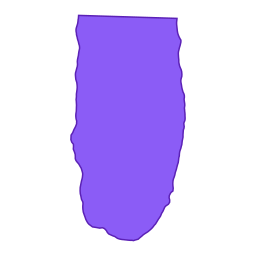 the district of South Ari, Maldives
{"feature_id": "70690204B29165248779959", "entity_name": "South Ari", "entity_type": "district", "adm_level": 2, "iso_a3": "MDV", "parent_name": "Maldives", "parent_adm1": "", "projection": "equal_earth", "projection_center": [72.841, 3.685], "detail": "fine", "context": "isolated", "style": "filled", "palette": "violet", "viewbox_px": 256, "rotation_deg": 0, "n_neighbors": 0, "source": "geoboundaries", "source_scale": "gbopen_adm2", "svg_char_len": 2969}
<svg xmlns="http://www.w3.org/2000/svg" viewBox="0 0 256 256"><path d="M78.6,15.4L78.5,16.8L78.4,18.3L78.1,19.8L78.0,21.2L77.7,23.3L77.2,25.1L76.8,26.3L76.2,28.3L76.0,29.9L76.1,31.7L76.4,33.0L76.5,34.8L77.2,37.4L77.4,38.6L77.8,40.0L78.2,41.1L78.7,43.2L79.0,44.5L79.4,45.6L79.5,46.7L79.6,47.9L79.5,49.0L79.2,50.2L78.9,51.6L78.6,53.5L78.4,55.4L77.8,58.1L77.5,59.6L77.3,61.6L77.5,64.3L77.3,66.4L76.7,68.4L76.1,70.8L75.5,73.0L75.4,74.9L75.6,77.4L75.8,79.3L76.3,81.0L76.8,82.5L77.1,85.2L77.2,87.4L77.0,89.8L76.4,94.0L76.4,96.9L76.1,99.6L76.3,101.5L76.5,105.1L76.4,107.7L76.3,111.2L75.9,113.9L75.8,115.9L76.0,118.3L76.3,119.7L76.7,121.1L76.6,122.2L76.6,123.8L76.1,125.2L75.4,126.9L74.0,129.5L72.7,132.7L71.1,135.1L70.9,139.7L71.8,142.2L73.4,144.2L73.5,146.4L73.3,149.1L74.5,152.1L75.2,154.4L75.3,156.3L75.3,158.8L76.0,160.6L77.2,162.2L78.7,163.9L80.2,166.5L81.2,168.2L82.0,170.8L82.6,173.0L82.7,174.3L82.4,177.3L82.0,179.2L81.5,180.9L81.2,182.4L80.7,184.9L80.2,187.5L80.1,190.8L80.3,193.8L80.8,195.7L81.5,199.4L82.8,201.9L83.0,203.7L82.8,205.9L82.8,207.4L82.9,209.2L83.3,212.1L84.3,215.0L85.1,217.2L85.8,219.3L86.6,220.9L87.7,222.8L89.0,224.3L90.8,225.6L92.5,226.9L94.6,227.2L97.0,227.6L99.7,228.1L102.4,227.7L104.3,228.5L105.4,229.5L106.5,230.8L107.4,232.5L108.8,234.0L110.8,234.9L113.0,235.9L114.8,236.5L117.4,238.3L119.4,239.0L122.0,239.5L123.3,239.6L125.1,239.8L127.8,240.1L130.0,240.3L132.0,240.3L133.5,240.6L134.9,240.1L136.7,239.6L138.2,239.2L139.5,238.0L141.2,236.6L142.4,235.6L143.2,234.8L144.8,233.7L146.4,232.7L147.8,231.8L149.5,230.4L151.0,229.1L152.5,227.6L153.6,226.2L154.2,225.3L155.5,224.0L157.1,221.4L157.8,220.2L158.6,218.9L159.6,217.5L160.6,215.9L161.3,214.1L161.8,213.0L162.8,211.5L163.8,209.3L164.7,207.2L166.0,205.8L167.1,205.1L168.4,204.2L169.6,202.3L169.7,200.0L169.1,197.7L169.3,195.6L170.5,193.2L171.3,192.2L172.9,191.0L173.2,188.2L172.9,185.7L172.8,183.3L173.0,180.8L173.5,178.7L174.2,177.0L174.8,175.0L175.3,172.5L175.9,170.7L176.4,169.2L176.8,167.4L177.6,164.4L178.2,162.7L178.6,159.8L178.8,157.8L179.3,155.9L179.4,153.8L179.7,151.7L180.0,150.7L180.9,148.1L181.3,146.3L181.8,144.7L182.0,142.9L182.2,141.1L182.6,139.1L183.0,137.1L183.0,134.6L183.2,131.8L183.4,129.7L183.9,128.6L184.2,126.6L184.0,125.3L183.8,123.4L184.2,122.0L184.6,121.2L185.0,119.9L185.1,118.1L185.0,116.0L185.0,114.5L184.9,112.9L184.7,111.5L184.6,109.8L184.4,108.1L184.6,106.8L184.8,105.3L184.7,103.5L184.3,101.0L184.1,99.1L184.4,97.1L184.3,95.2L183.8,93.6L183.0,92.0L182.6,90.6L182.1,88.8L181.8,87.4L181.4,84.7L181.0,82.7L180.8,80.9L181.0,79.3L181.3,78.1L181.8,76.4L181.9,74.4L181.7,71.8L181.2,69.8L180.4,68.0L179.6,66.0L179.1,63.8L178.8,62.2L178.8,59.9L178.5,57.1L178.4,55.2L178.3,53.3L178.5,51.5L179.0,49.5L179.4,47.8L180.1,45.5L180.5,43.8L180.9,42.0L180.9,40.1L180.3,39.2L179.6,37.9L178.9,36.5L178.2,34.7L177.7,33.1L177.3,30.8L177.1,28.8L176.9,26.9L176.6,24.2L176.6,22.1L176.8,20.4L177.0,18.6L177.0,18.4L78.6,15.4Z" fill="#8b5cf6" stroke="#5b21b6" stroke-width="1.5"/></svg>